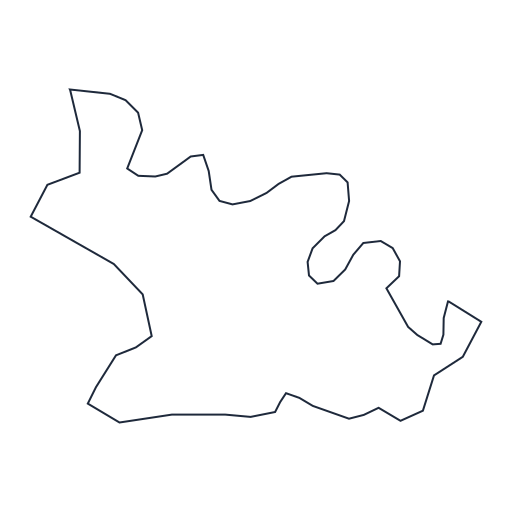 the border of Soroca
{"feature_id": "MDA-1653", "entity_name": "Soroca", "entity_type": "District", "adm_level": 1, "iso_a3": "MDA", "parent_name": "Moldova", "parent_adm1": "", "projection": "equal_earth", "projection_center": [28.265, 48.155], "detail": "fine", "context": "isolated", "style": "outline", "palette": "slate", "viewbox_px": 512, "rotation_deg": 0, "n_neighbors": 0, "source": "natural_earth", "source_scale": "10m", "svg_char_len": 1038}
<svg xmlns="http://www.w3.org/2000/svg" viewBox="0 0 512 512"><path d="M69.9,89.5L110.0,93.8L125.6,100.2L138.1,112.7L142.2,130.2L127.2,168.5L138.3,175.8L155.3,176.5L167.1,173.7L190.7,156.5L203.2,154.9L208.7,171.0L211.5,189.8L219.5,200.9L232.5,204.4L250.3,201.0L266.6,192.9L278.6,183.9L291.5,176.7L326.6,173.2L339.7,174.6L347.6,182.4L349.1,201.0L344.0,221.1L335.5,230.1L324.6,236.3L312.6,248.3L307.6,261.9L309.0,275.5L317.5,283.7L333.5,281.0L345.2,269.5L353.3,254.7L363.3,243.0L380.7,241.0L392.7,248.1L400.0,261.3L399.1,276.2L386.4,288.3L408.1,326.9L417.3,335.0L432.7,344.4L440.6,343.8L443.4,334.7L443.7,318.0L448.0,301.4L448.7,301.5L481.3,321.8L462.8,356.8L434.0,375.4L422.9,410.7L400.5,420.8L378.6,407.8L363.8,414.9L349.0,418.7L312.8,405.9L299.4,397.9L286.0,393.2L280.2,402.0L275.1,412.0L250.6,416.9L225.2,414.6L171.9,414.6L119.5,422.5L87.8,403.6L96.0,387.1L116.0,355.3L135.9,347.4L151.7,336.1L142.7,294.4L113.8,264.0L30.7,216.7L47.4,184.8L79.6,172.7L79.9,131.1L70.2,90.2L69.9,89.5Z" fill="none" stroke="#1e293b" stroke-width="2"/></svg>